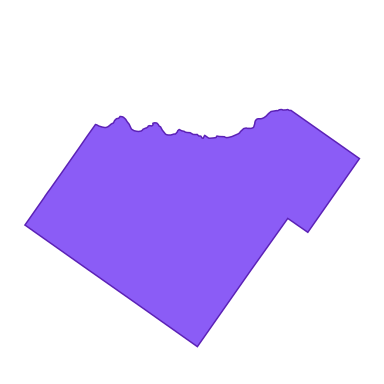 Pine, Minnesota, United States of America, rotated 215°
{"feature_id": "52423323B91904630437676", "entity_name": "Pine", "entity_type": "district", "adm_level": 2, "iso_a3": "USA", "parent_name": "United States of America", "parent_adm1": "Minnesota", "projection": "equal_earth", "projection_center": [-92.564, 46.075], "detail": "fine", "context": "isolated", "style": "filled", "palette": "violet", "viewbox_px": 384, "rotation_deg": 215, "n_neighbors": 0, "source": "geoboundaries", "source_scale": "gbopen_adm2", "svg_char_len": 2044}
<svg xmlns="http://www.w3.org/2000/svg" viewBox="0 0 384 384"><g transform="rotate(215 192 192)"><path d="M98.9,68.4L98.9,161.8L98.4,225.3L74.0,225.4L74.0,315.4L157.7,315.6L159.2,314.6L160.6,314.5L161.1,314.3L161.9,313.3L164.5,311.3L165.6,311.1L166.4,310.6L167.7,309.4L168.0,308.5L168.4,307.8L169.5,307.1L173.4,303.3L174.3,300.2L174.8,296.7L175.7,294.1L176.9,292.2L178.0,291.2L179.8,290.0L180.6,289.0L180.9,288.1L180.9,286.4L180.3,284.9L179.8,284.0L179.0,281.5L178.7,280.7L178.9,279.6L179.8,278.3L180.5,277.7L183.3,275.8L184.3,275.5L185.9,273.8L186.1,273.3L187.0,269.2L186.9,267.7L187.6,266.0L191.1,260.3L193.5,257.5L194.9,256.3L196.1,255.9L197.3,255.8L201.5,253.1L203.5,252.2L203.8,251.8L203.5,250.6L203.7,250.2L205.3,248.7L208.3,246.2L209.2,245.7L214.0,245.7L214.1,245.2L213.7,242.8L213.7,242.4L214.0,242.2L214.7,242.0L216.7,242.8L217.1,242.7L218.5,241.8L220.8,242.1L221.8,241.3L222.5,240.8L224.1,239.8L227.6,239.5L230.2,237.9L231.8,237.2L233.2,237.2L235.6,236.2L238.2,235.9L238.4,235.7L238.8,234.0L238.5,232.7L238.8,230.1L239.1,229.7L239.9,229.3L242.1,226.5L244.1,225.1L245.1,224.6L246.5,224.2L247.2,224.3L251.9,225.7L255.1,227.3L256.9,227.2L258.3,227.9L260.2,228.3L261.1,228.0L262.5,227.1L263.4,226.0L263.4,225.7L262.8,225.2L262.6,224.9L262.5,223.9L263.0,222.9L264.7,222.1L265.6,221.1L265.5,219.9L265.7,219.4L266.0,218.4L266.6,217.8L268.1,215.3L268.1,214.3L268.6,212.8L270.5,210.9L272.4,209.9L274.6,209.0L277.4,208.8L278.1,209.0L282.4,211.5L285.5,212.4L288.0,213.5L290.9,213.9L292.1,213.7L293.8,212.9L294.3,212.5L294.2,211.8L294.3,210.7L294.5,210.1L295.3,209.4L295.9,208.7L296.0,208.3L296.4,206.2L296.0,203.9L296.1,203.1L296.7,202.3L297.4,200.6L297.5,199.8L298.3,197.2L299.0,196.1L299.8,195.2L300.4,194.8L302.8,193.7L306.2,192.6L308.5,192.4L309.8,191.9L309.8,190.4L309.9,177.7L309.8,162.1L309.8,158.7L309.8,154.0L309.8,138.0L309.8,131.0L309.9,112.8L309.9,111.7L310.0,109.5L310.0,108.5L310.0,106.1L310.0,105.8L310.0,104.1L309.9,103.2L309.9,69.1L237.8,68.8L168.6,68.7L98.9,68.4Z" fill="#8b5cf6" stroke="#5b21b6" stroke-width="1.5"/></g></svg>